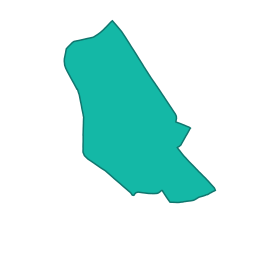 outline of Ath Thawrah, Amanat Al Asimah, Yemen, rotated 324°
{"feature_id": "15242507B17333153268862", "entity_name": "Ath Thawrah", "entity_type": "district", "adm_level": 2, "iso_a3": "YEM", "parent_name": "Yemen", "parent_adm1": "Amanat Al Asimah", "projection": "equal_earth", "projection_center": [44.198, 15.391], "detail": "fine", "context": "isolated", "style": "filled", "palette": "teal", "viewbox_px": 256, "rotation_deg": 324, "n_neighbors": 0, "source": "geoboundaries", "source_scale": "gbopen_adm2", "svg_char_len": 4035}
<svg xmlns="http://www.w3.org/2000/svg" viewBox="0 0 256 256"><g transform="rotate(324 128 128)"><path d="M162.6,227.3L162.5,226.1L162.0,221.6L161.9,220.5L161.6,217.4L161.5,217.0L161.3,215.4L161.2,214.2L161.1,213.7L160.6,211.0L160.3,208.8L160.1,207.5L159.9,206.3L159.8,206.1L159.6,204.9L159.3,202.2L159.1,201.3L159.0,200.2L158.8,198.8L158.4,195.9L158.3,195.5L157.8,192.2L157.7,191.7L157.2,187.3L157.2,186.7L156.9,184.8L156.9,184.5L156.7,183.3L156.7,182.9L156.7,182.7L156.6,181.3L156.5,178.3L156.5,177.8L156.5,177.1L156.3,173.8L156.4,173.3L156.4,172.8L157.1,172.8L158.0,172.9L158.6,173.0L159.2,172.9L160.3,172.9L160.5,172.8L160.9,172.8L162.0,172.2L164.9,170.9L166.7,170.1L167.0,169.9L168.4,169.3L169.7,168.7L170.0,168.5L171.6,167.9L174.4,166.6L177.9,164.9L178.4,164.8L178.2,164.0L177.8,163.1L177.3,162.3L176.9,161.7L175.7,159.7L175.4,159.1L174.4,157.6L174.1,157.1L173.2,155.6L171.2,152.7L170.3,151.2L170.5,150.9L171.5,150.0L172.8,148.8L173.3,148.0L174.0,146.9L174.3,145.6L174.4,144.9L174.5,144.6L174.6,142.3L174.7,139.5L174.8,137.9L174.9,134.7L175.0,132.8L175.2,127.9L175.3,125.1L175.4,124.5L175.4,123.1L175.5,120.3L175.7,116.0L175.8,112.6L175.9,111.1L175.8,110.7L175.9,109.4L176.0,107.0L176.0,106.5L176.0,105.6L176.0,104.4L176.1,100.6L176.2,99.3L176.3,97.3L176.3,97.1L176.5,94.2L176.7,90.3L176.8,89.3L176.8,89.1L176.8,88.3L177.1,85.1L177.2,83.7L177.5,79.2L177.5,78.7L177.8,75.1L177.9,73.9L178.0,72.5L178.1,70.5L178.2,69.3L178.4,65.1L178.5,63.3L178.7,61.2L178.7,60.9L178.8,59.6L178.9,57.6L179.0,56.2L179.0,55.9L179.2,53.3L179.5,46.1L178.9,37.5L178.8,36.4L178.6,34.4L178.4,32.1L178.1,32.1L177.2,32.1L174.8,32.5L172.8,32.9L169.5,33.5L167.9,33.7L166.4,34.0L165.9,34.1L161.5,34.5L161.3,34.5L158.5,34.5L155.3,34.3L154.9,34.3L154.4,34.3L153.9,34.2L153.2,34.1L152.7,33.9L150.1,32.8L147.5,31.6L145.3,30.7L139.9,28.4L138.4,27.7L137.6,27.3L137.2,27.2L136.9,27.0L136.2,26.7L135.3,26.3L134.8,26.2L134.3,26.2L133.0,26.2L130.1,26.7L127.4,27.1L124.6,27.7L124.1,28.2L123.1,29.1L122.3,29.9L121.8,30.4L119.7,32.3L117.2,34.6L115.7,36.5L114.3,39.0L114.0,39.4L113.7,40.0L112.8,42.9L112.2,46.3L111.6,50.8L111.4,52.4L111.3,52.8L110.6,58.5L110.5,59.6L110.0,63.1L109.8,64.7L109.6,65.9L109.5,66.2L109.8,66.3L109.7,67.2L109.7,67.6L108.6,70.7L108.4,71.6L108.2,72.1L108.0,72.7L105.0,79.1L104.4,80.5L103.1,83.3L102.9,83.6L102.0,85.5L99.7,90.6L99.2,91.5L98.9,92.2L98.7,92.6L98.5,93.2L97.8,94.0L95.3,97.2L94.9,97.8L94.0,98.9L92.4,101.0L91.9,101.6L91.0,102.8L90.0,104.1L88.7,105.8L87.4,107.4L87.4,107.6L83.7,112.7L83.0,113.6L82.9,113.7L81.9,115.0L80.7,116.6L79.6,118.2L79.1,118.9L78.9,119.1L78.5,119.6L77.7,120.7L77.3,121.4L77.2,121.8L77.0,122.8L76.5,124.7L77.3,129.5L78.5,132.7L78.7,133.2L82.7,144.7L84.2,148.4L84.5,149.2L85.1,151.9L85.8,154.8L86.8,159.3L87.0,160.5L88.5,166.6L88.9,168.1L89.5,171.0L89.9,172.8L91.0,177.3L91.4,179.1L91.9,181.0L92.0,181.8L92.1,182.6L92.1,183.1L92.0,183.9L92.0,184.7L92.2,185.0L92.8,185.7L93.4,185.9L93.7,185.7L94.9,185.3L95.2,185.2L95.4,185.2L95.9,185.0L97.2,185.3L98.5,185.8L100.7,187.9L100.9,188.1L101.5,188.7L104.0,191.0L106.1,193.0L110.4,196.3L113.1,198.0L114.5,198.4L114.8,198.4L115.1,198.4L117.1,198.4L117.5,198.3L118.0,198.3L118.4,198.3L118.9,198.6L119.0,198.8L119.1,199.1L118.8,200.0L118.8,201.3L118.6,203.4L118.6,205.1L118.5,205.7L118.4,209.8L118.4,212.7L121.2,214.9L121.6,215.2L122.3,215.8L123.7,216.9L123.9,217.1L124.5,217.5L125.5,218.2L126.5,218.7L127.3,219.1L129.1,220.2L129.4,220.2L130.2,220.6L131.6,221.4L131.8,221.5L132.3,221.7L134.6,223.0L135.6,223.6L136.1,223.8L136.6,224.1L137.2,224.4L137.7,224.6L138.0,224.8L138.4,224.9L139.1,225.1L139.4,225.2L141.3,225.4L141.8,225.5L142.4,225.5L142.9,225.5L143.5,225.6L144.1,225.6L144.7,225.7L145.1,225.8L145.4,225.9L146.7,226.4L147.2,226.6L147.8,226.8L148.8,227.2L149.6,227.4L149.8,227.5L150.7,227.8L151.2,227.9L151.8,228.0L152.3,228.1L152.5,228.2L152.7,228.4L153.2,228.6L153.6,228.7L153.9,228.7L154.5,228.8L155.6,228.8L155.8,228.8L157.2,229.1L157.5,229.1L159.2,229.3L160.6,229.6L162.0,229.8L162.2,229.2L162.6,227.3Z" fill="#14b8a6" stroke="#0f766e" stroke-width="1.5"/></g></svg>